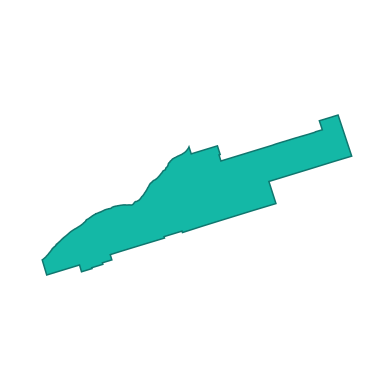 Dundas, Western Australia, Australia, rotated 163°
{"feature_id": "25037944B97036074912579", "entity_name": "Dundas", "entity_type": "district", "adm_level": 2, "iso_a3": "AUS", "parent_name": "Australia", "parent_adm1": "Western Australia", "projection": "equal_earth", "projection_center": [126.268, -32.126], "detail": "fine", "context": "isolated", "style": "filled", "palette": "teal", "viewbox_px": 384, "rotation_deg": 163, "n_neighbors": 0, "source": "geoboundaries", "source_scale": "gbopen_adm2", "svg_char_len": 5631}
<svg xmlns="http://www.w3.org/2000/svg" viewBox="0 0 384 384"><g transform="rotate(163 192 192)"><path d="M355.2,155.1L320.9,155.1L321.0,148.0L310.0,148.0L310.0,148.9L298.4,148.9L298.4,150.5L288.5,150.5L288.5,156.0L275.9,156.1L254.7,156.1L231.8,156.0L231.8,157.5L213.0,157.5L213.0,156.0L192.2,156.3L173.7,156.4L137.3,156.5L115.1,156.4L115.4,179.6L72.7,179.6L47.5,179.7L28.8,179.6L29.8,222.9L49.4,222.9L49.2,213.4L56.5,213.5L57.0,213.2L65.4,213.2L76.6,213.4L92.8,213.4L98.0,213.4L101.6,213.2L155.3,213.2L155.3,219.6L154.1,219.6L154.2,228.7L181.6,228.7L181.7,236.0L182.6,235.0L183.5,234.3L183.7,234.2L185.0,233.2L186.8,232.2L187.1,232.1L188.2,231.7L189.8,231.3L190.5,231.0L191.9,230.8L192.2,230.8L192.8,230.7L193.3,230.6L193.6,230.6L194.6,230.4L195.0,230.5L195.5,230.3L196.2,230.2L198.0,229.8L198.9,229.8L199.7,229.5L200.7,229.3L200.8,229.3L201.0,229.3L201.6,228.9L202.1,228.6L202.3,228.4L202.7,228.3L203.5,227.9L204.1,227.6L204.4,227.1L204.7,227.0L205.0,226.8L205.6,226.6L206.2,226.1L206.4,225.9L206.7,225.3L206.8,225.2L207.4,224.2L207.6,224.1L207.7,223.9L207.9,223.8L208.3,223.5L208.5,223.3L209.2,222.9L209.5,222.9L209.8,222.7L210.3,222.3L210.5,221.7L210.9,221.1L211.1,221.1L211.3,221.1L211.5,221.0L211.9,220.9L212.5,220.8L213.2,220.7L213.7,220.5L213.8,220.3L214.0,220.2L214.3,220.0L214.4,219.8L214.7,219.6L214.9,219.4L215.4,219.0L215.9,218.8L216.1,218.6L216.4,218.4L216.5,218.4L216.9,218.1L217.2,217.9L217.5,217.7L217.8,217.4L218.1,217.2L218.3,217.0L218.6,216.9L219.1,216.7L219.3,216.4L219.5,216.4L220.0,216.1L220.6,215.7L221.4,215.3L221.8,215.2L222.3,214.9L222.6,214.9L222.8,214.7L223.1,214.7L223.4,214.5L224.0,214.4L225.1,214.3L225.6,214.1L225.8,214.1L226.3,213.8L227.1,213.5L227.2,213.4L227.3,213.2L227.5,213.0L228.4,212.8L228.6,212.6L229.2,212.5L229.4,212.2L229.5,212.1L229.9,212.0L230.2,211.7L230.4,211.6L231.0,210.8L231.5,210.4L231.7,210.2L231.9,210.0L232.2,209.6L232.5,209.4L232.9,209.1L233.2,208.9L233.6,208.4L233.9,208.1L234.2,207.8L234.5,207.4L235.2,206.9L235.4,206.7L235.7,206.3L236.0,206.2L236.3,205.9L236.5,205.7L236.8,205.5L237.1,205.3L237.4,205.0L237.8,204.8L238.2,204.3L238.8,203.8L238.9,203.7L239.3,203.5L239.4,203.3L239.7,203.1L239.9,203.0L240.2,202.7L240.4,202.7L241.0,202.4L241.4,202.2L241.7,202.0L242.4,201.3L242.7,201.1L242.9,201.1L243.2,200.9L243.4,200.6L243.8,200.4L244.3,200.0L244.7,199.8L245.1,199.8L245.3,199.6L245.7,199.6L246.3,199.4L246.5,199.4L247.0,199.3L247.3,199.1L248.2,199.2L248.5,199.3L248.8,199.4L249.0,199.3L249.4,199.2L250.2,198.8L250.6,198.4L250.8,198.3L251.1,198.0L251.4,197.9L251.7,197.6L251.9,197.5L252.2,197.4L253.5,197.2L253.8,197.2L254.4,197.4L254.6,197.5L254.8,197.7L255.4,197.9L255.6,197.9L256.1,198.1L257.4,198.4L258.1,198.6L258.6,198.7L259.1,199.0L259.9,199.3L260.2,199.3L260.6,199.5L261.4,199.7L261.8,199.8L262.0,199.8L262.6,199.9L262.9,199.9L263.6,200.1L266.0,200.4L266.8,200.5L267.1,200.6L267.7,200.5L268.4,200.7L269.5,200.7L269.5,200.8L269.8,200.8L270.5,200.9L271.1,200.9L271.3,200.8L271.7,200.8L272.0,200.8L272.7,200.8L273.3,200.5L273.4,200.4L273.7,200.2L274.1,200.1L274.3,200.2L275.1,200.1L275.3,200.2L275.7,200.2L275.8,200.2L276.7,200.3L276.8,200.4L277.1,200.4L277.3,200.3L277.6,200.3L278.4,200.4L278.9,200.4L280.1,200.4L280.5,200.4L280.9,200.3L281.2,200.3L282.1,200.1L282.8,200.0L283.6,199.9L283.8,199.9L284.4,199.7L284.6,199.7L284.8,199.6L285.4,199.7L285.5,199.5L286.2,199.6L286.6,199.5L286.8,199.6L287.1,199.5L288.3,199.4L288.8,199.4L289.1,199.3L289.5,199.3L290.0,199.3L290.4,199.3L290.5,199.2L290.6,199.3L290.8,199.1L291.8,198.9L292.1,198.9L292.3,198.8L292.8,198.7L293.2,198.5L294.1,198.4L294.5,198.3L294.8,198.0L295.0,197.9L295.7,197.7L295.8,197.7L296.1,197.7L296.7,197.4L296.8,197.4L297.0,197.3L297.3,197.3L298.0,197.0L298.3,196.9L298.7,196.7L299.1,196.7L299.3,196.6L299.8,196.5L300.0,196.5L300.4,196.4L300.7,196.4L300.9,196.3L301.1,196.3L301.4,196.1L301.5,195.9L301.9,195.7L302.0,195.4L302.2,195.2L303.0,194.9L303.5,194.5L303.8,194.4L304.0,194.3L304.4,194.2L304.8,194.1L305.0,193.9L305.4,193.6L307.4,192.9L307.9,192.6L308.3,192.6L309.0,192.3L309.4,192.2L309.5,192.2L310.0,192.1L310.5,191.9L310.9,191.8L311.2,191.8L311.7,191.6L312.5,191.4L312.8,191.3L313.1,191.2L313.4,191.2L313.7,191.0L314.0,191.0L314.4,190.9L315.0,190.9L315.5,190.7L315.9,190.6L316.1,190.5L316.4,190.4L317.4,190.2L317.8,190.1L318.4,189.8L318.6,189.8L318.9,189.7L319.2,189.6L319.4,189.6L319.8,189.3L320.0,189.3L320.1,189.2L320.5,189.1L321.0,188.9L321.2,188.7L321.7,188.6L322.2,188.3L322.9,188.0L323.6,187.7L323.9,187.5L324.3,187.4L324.5,187.3L325.0,187.1L325.4,186.9L325.6,186.8L326.1,186.6L326.3,186.6L326.8,186.3L327.2,186.2L327.4,186.1L327.6,186.1L327.8,186.0L327.8,185.9L328.4,185.6L328.8,185.6L329.0,185.3L329.3,185.2L329.5,185.1L330.0,185.0L330.2,184.8L330.4,184.7L330.6,184.7L331.7,184.0L332.1,183.8L332.7,183.5L332.9,183.3L333.2,183.3L333.5,183.0L333.9,183.0L334.3,182.8L334.5,182.7L334.8,182.5L335.2,182.4L335.5,182.1L335.9,181.9L336.2,181.9L336.3,181.8L336.6,181.8L336.6,181.6L336.8,181.3L337.0,181.3L337.6,181.0L337.8,181.0L337.8,180.8L338.2,180.5L338.3,180.3L338.6,180.1L338.8,180.1L339.0,180.1L339.4,179.9L340.0,179.8L340.1,179.7L340.3,179.4L340.6,179.3L340.8,179.2L341.1,179.1L341.4,179.0L341.6,179.0L341.8,178.9L342.2,178.6L342.4,178.5L342.5,178.3L342.6,178.1L342.8,177.8L343.1,177.8L343.4,177.6L343.9,177.2L344.0,177.1L344.3,176.8L344.7,176.6L345.5,176.0L345.8,175.8L346.0,175.8L346.8,175.1L347.3,174.9L347.4,174.7L347.8,174.3L348.4,174.1L348.7,173.9L349.2,173.6L349.6,173.4L349.9,173.3L350.1,173.1L350.3,172.9L351.2,172.4L351.6,172.3L351.8,172.1L352.2,172.0L352.4,171.9L353.1,171.6L353.7,171.3L355.1,170.9L355.2,155.1Z" fill="#14b8a6" stroke="#0f766e" stroke-width="1.5"/></g></svg>